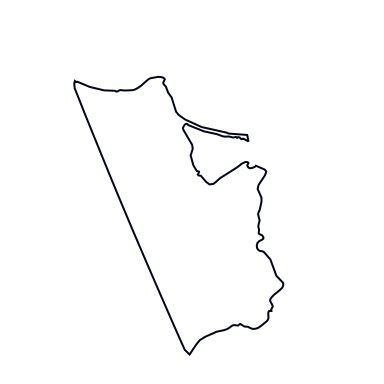 outline of Kaliningrad, rotated 64°
{"feature_id": "RUS-2324", "entity_name": "Kaliningrad", "entity_type": "Region", "adm_level": 1, "iso_a3": "RUS", "parent_name": "Russia", "parent_adm1": "", "projection": "albers", "projection_center": [21.339, 54.816], "detail": "fine", "context": "isolated", "style": "outline", "palette": "ink", "viewbox_px": 384, "rotation_deg": 64, "n_neighbors": 0, "source": "natural_earth", "source_scale": "10m", "svg_char_len": 2564}
<svg xmlns="http://www.w3.org/2000/svg" viewBox="0 0 384 384"><g transform="rotate(64 192 192)"><path d="M206.2,116.3L209.0,119.1L214.8,129.0L218.1,131.7L227.4,132.0L231.2,133.8L237.7,138.9L239.3,141.0L240.9,142.3L247.2,143.7L250.4,146.4L252.2,147.6L255.5,148.3L257.7,149.8L258.6,150.2L259.4,149.8L261.8,147.9L264.2,147.7L265.3,148.5L265.6,150.3L265.6,152.9L266.5,155.6L268.6,157.3L271.1,158.1L273.2,157.8L274.9,156.6L275.9,155.1L277.1,153.8L287.1,151.1L288.8,151.3L304.2,152.9L313.8,149.9L316.1,151.1L316.6,151.7L317.5,152.7L318.6,155.9L320.3,163.2L321.6,166.8L322.7,168.7L324.2,169.5L329.4,169.4L330.3,169.6L330.9,170.3L331.6,171.4L332.5,172.4L333.8,172.8L332.8,175.0L333.6,176.2L339.1,178.7L340.3,180.0L341.1,182.1L342.6,188.6L343.1,191.5L342.9,194.4L341.8,197.2L340.4,198.8L337.5,201.0L336.3,203.2L335.6,204.1L334.0,205.0L333.0,205.8L332.2,206.1L331.9,206.3L331.7,207.1L331.9,207.9L332.2,208.6L332.2,209.2L330.2,212.3L329.8,213.4L329.8,215.1L330.5,218.8L330.6,220.5L330.3,223.4L328.4,231.1L327.9,243.7L328.6,250.0L331.2,255.5L337.0,265.4L330.6,267.7L312.9,267.1L291.0,266.2L264.9,265.1L238.8,263.9L198.1,261.9L164.5,260.0L137.4,258.3L110.4,256.5L74.1,254.0L54.8,252.5L47.5,252.0L42.9,250.3L40.9,248.6L42.5,247.9L42.6,246.7L52.8,237.8L62.2,226.3L67.2,217.0L67.8,216.4L68.1,216.3L68.5,216.1L68.8,215.3L68.9,214.6L68.8,212.7L68.9,212.0L69.4,210.9L70.4,209.6L71.8,206.9L74.4,200.9L74.9,198.3L74.7,194.5L74.2,191.4L71.9,183.1L71.6,181.6L71.5,179.5L72.8,175.1L73.5,172.3L75.0,169.5L76.9,167.5L78.7,167.0L81.0,169.8L82.1,170.3L86.0,169.3L92.3,169.9L98.1,168.9L112.8,171.1L116.7,170.3L123.7,166.5L137.8,154.9L154.1,134.5L155.4,133.7L164.9,117.4L170.8,118.9L170.8,119.4L167.4,121.9L166.4,122.9L166.6,123.4L166.6,123.5L166.0,124.6L163.8,125.3L162.9,126.5L163.1,127.7L162.1,128.1L161.7,128.6L161.5,129.7L161.1,131.0L160.4,132.0L158.9,133.7L158.2,134.8L156.5,138.4L155.5,139.8L150.8,144.4L142.8,154.6L130.7,165.6L129.8,166.2L129.0,166.4L128.4,166.9L128.2,168.3L128.4,169.1L129.1,170.3L129.9,171.5L130.6,172.2L132.4,172.5L149.7,171.2L153.5,172.4L158.6,177.2L168.7,179.1L175.2,178.5L176.2,177.4L176.7,176.8L177.7,177.5L178.6,178.6L178.8,179.1L179.9,178.9L180.5,178.2L180.9,177.5L181.4,176.9L189.2,174.8L192.9,172.9L194.1,169.3L193.4,166.1L191.9,160.9L189.7,141.2L189.4,139.9L189.4,139.3L188.6,135.8L188.4,135.5L188.4,131.9L188.6,130.5L189.1,129.5L190.3,128.5L191.1,128.9L191.7,130.0L192.3,130.6L193.5,130.7L194.6,130.6L195.6,130.0L196.4,128.9L196.7,127.5L196.9,125.5L196.8,123.7L196.4,123.0L203.9,116.7L206.2,116.3Z" fill="none" stroke="#020617" stroke-width="2"/></g></svg>